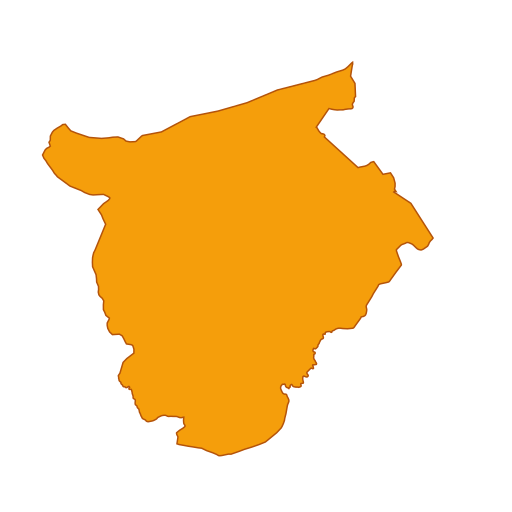 the district of Home, Vientiane, Laos, rotated 163°
{"feature_id": "54806243B40513758321567", "entity_name": "Home", "entity_type": "district", "adm_level": 2, "iso_a3": "LAO", "parent_name": "Laos", "parent_adm1": "Vientiane", "projection": "albers", "projection_center": [103.339, 18.699], "detail": "fine", "context": "isolated", "style": "filled", "palette": "amber", "viewbox_px": 512, "rotation_deg": 163, "n_neighbors": 0, "source": "geoboundaries", "source_scale": "gbopen_adm2", "svg_char_len": 6131}
<svg xmlns="http://www.w3.org/2000/svg" viewBox="0 0 512 512"><g transform="rotate(163 256 256)"><path d="M81.4,221.4L92.5,261.1L105.5,276.9L104.2,277.5L103.3,276.9L104.0,279.5L102.7,281.8L101.7,285.0L101.5,290.6L103.1,296.2L110.7,297.0L115.8,311.8L116.2,311.9L118.9,311.9L121.2,310.8L122.3,310.5L123.5,310.2L124.7,310.1L126.1,310.1L127.3,310.3L128.7,310.4L130.2,310.6L132.6,310.7L155.8,349.8L154.9,351.0L155.0,351.9L155.5,352.7L156.9,353.6L157.3,353.7L157.8,354.0L158.2,354.7L158.7,355.6L159.3,357.0L160.0,359.9L160.3,361.3L160.7,361.6L143.1,375.7L140.8,374.3L138.5,373.1L135.5,371.8L133.7,371.4L129.9,370.3L128.0,370.2L124.4,369.6L122.2,369.0L121.1,368.9L120.1,369.4L119.6,370.2L119.6,372.5L119.4,373.1L118.6,374.0L116.9,375.3L115.9,378.0L115.4,378.8L114.2,379.3L110.9,392.1L113.0,400.3L108.2,410.1L107.4,411.3L107.0,413.0L108.1,412.6L112.8,410.1L115.9,408.8L118.6,408.4L125.2,408.4L133.8,407.7L140.4,407.8L146.2,406.8L148.4,406.7L187.0,408.5L219.7,405.2L249.8,405.7L278.2,408.5L310.2,402.3L329.3,404.4L330.4,404.1L337.0,400.8L338.1,400.7L343.2,402.0L346.7,403.9L348.4,406.7L353.2,410.2L358.3,411.5L362.5,412.1L367.9,413.3L369.3,413.6L380.9,418.2L391.9,426.1L396.5,429.8L398.0,433.1L399.8,437.7L402.4,438.2L404.8,437.3L408.8,436.4L412.6,435.2L414.6,433.9L417.6,430.8L418.9,426.8L420.7,425.3L420.6,422.9L420.6,421.2L422.0,420.6L424.8,420.1L426.6,419.1L430.6,415.0L430.2,411.4L429.1,408.6L428.3,405.3L425.5,397.5L424.6,394.0L423.3,391.3L422.8,389.9L413.4,377.2L404.0,369.7L401.3,366.8L397.1,363.5L393.9,362.0L388.9,360.8L383.8,359.5L380.2,356.2L378.8,354.6L379.1,353.6L381.0,352.4L386.5,350.6L393.5,346.7L391.7,340.4L391.4,336.3L390.5,330.3L408.1,308.8L410.4,306.4L411.1,305.1L411.3,304.9L412.8,302.1L414.3,297.8L415.4,293.5L414.4,284.9L415.2,280.7L416.0,277.7L415.5,273.0L416.1,270.9L416.2,270.3L417.4,267.6L417.6,264.8L416.9,262.9L415.4,260.5L414.7,257.6L416.2,254.0L417.6,249.3L417.1,246.5L416.9,243.1L415.3,240.7L414.4,239.5L414.8,238.6L417.9,235.4L418.6,233.1L418.9,230.1L418.2,226.2L416.3,222.8L409.5,221.2L407.3,218.8L406.6,215.5L406.1,212.1L405.6,209.8L401.1,207.6L400.5,207.0L400.0,206.1L400.0,202.5L401.2,198.8L409.5,195.7L414.2,193.1L420.4,183.7L422.6,181.9L422.8,180.9L422.9,179.6L423.2,178.9L423.1,178.0L423.3,177.2L423.2,176.5L422.8,175.7L422.3,175.0L422.2,174.5L422.4,173.5L422.2,172.9L421.5,171.8L421.3,170.5L421.1,170.0L420.5,169.5L419.8,169.3L419.5,169.1L419.1,168.4L418.8,168.1L418.3,168.0L417.8,168.0L416.0,168.5L415.6,168.4L415.3,168.0L415.3,167.5L415.3,167.2L415.7,166.9L416.1,166.7L416.3,166.3L416.3,165.7L416.1,165.5L415.6,165.3L414.3,164.9L414.2,163.9L414.3,162.4L414.4,161.3L414.6,160.5L414.5,159.2L414.5,158.0L415.0,156.1L414.9,155.6L413.8,154.4L413.6,153.9L413.7,153.0L414.6,150.7L414.8,149.6L414.8,149.1L413.8,147.6L413.7,147.1L413.8,146.3L413.7,145.5L412.9,144.1L412.8,143.2L413.1,140.7L413.0,140.1L412.8,139.1L412.7,136.9L412.1,133.8L411.5,133.2L409.6,131.4L409.3,130.4L408.8,129.8L408.3,129.4L407.4,129.0L403.5,128.6L402.1,128.6L399.8,129.0L398.7,129.3L397.1,130.3L395.4,130.6L393.1,130.9L391.7,130.8L390.2,130.5L388.9,130.0L387.5,128.7L386.7,128.2L384.3,127.6L381.2,126.5L380.4,126.3L378.5,125.6L377.9,125.1L376.2,123.8L375.2,123.4L374.6,123.2L372.9,123.1L372.2,123.0L373.4,119.9L373.9,117.7L374.0,116.6L373.6,115.4L373.5,114.4L373.7,113.9L374.4,113.4L376.5,112.6L380.0,111.7L383.6,110.2L383.8,109.8L383.9,109.1L383.9,108.1L383.5,106.1L383.7,105.4L386.5,99.5L384.7,98.2L380.0,95.8L376.2,93.8L372.8,92.2L367.2,89.4L364.2,88.1L360.1,84.3L354.8,80.4L351.6,77.7L350.2,76.1L349.1,75.6L347.0,75.2L340.2,74.6L337.8,73.8L329.5,74.1L323.7,74.5L315.9,74.5L308.1,74.8L301.4,75.4L288.0,80.9L282.2,84.2L280.8,85.5L278.8,87.8L276.9,90.4L275.9,92.5L273.5,96.4L270.0,103.3L269.3,104.5L267.2,107.1L266.7,108.6L266.8,110.4L267.2,112.3L267.3,114.5L267.9,115.2L269.0,115.5L269.9,116.2L270.5,117.0L271.0,119.3L271.0,120.2L271.2,121.0L271.2,122.1L270.8,123.3L270.3,124.2L268.3,125.6L267.7,125.5L267.1,125.2L266.0,125.2L265.8,124.9L265.6,124.4L265.8,123.5L265.7,122.7L265.5,122.0L265.1,121.4L264.3,120.8L263.7,120.2L263.6,119.8L263.3,119.6L263.0,119.9L262.9,120.3L262.5,120.6L261.8,120.6L261.5,121.0L261.5,121.5L261.2,122.1L260.7,122.5L259.7,122.8L259.3,122.6L259.2,122.3L259.0,121.2L258.6,120.5L258.0,119.9L256.3,119.0L254.4,118.4L253.5,117.9L251.6,118.0L251.0,118.3L250.7,119.0L250.7,120.1L250.6,120.6L250.3,120.9L248.1,120.6L247.8,120.9L247.6,121.4L247.5,123.1L247.3,124.7L247.0,125.6L246.3,127.0L245.3,127.2L243.4,125.7L242.6,125.4L242.0,125.5L241.3,125.9L241.0,126.5L241.0,126.9L241.5,128.3L241.6,129.2L241.5,129.6L240.9,130.2L237.2,132.2L236.1,132.7L235.6,132.4L235.0,131.8L234.6,131.6L234.1,131.6L233.8,131.9L233.7,133.5L233.8,135.0L233.5,135.3L232.5,135.0L230.0,134.7L229.6,135.2L229.6,136.1L230.0,137.5L230.1,138.6L230.6,140.1L230.7,141.6L230.4,142.4L229.8,143.8L229.8,144.5L229.4,145.1L228.6,145.1L228.2,145.3L227.7,146.0L227.9,146.9L229.1,147.7L229.2,148.2L229.2,148.7L229.2,149.0L229.0,149.5L228.0,150.8L227.6,150.7L227.2,150.3L226.6,149.9L226.0,149.9L225.5,150.1L223.8,151.0L223.1,151.7L222.8,152.7L222.1,153.3L221.3,153.8L220.6,154.8L218.8,156.7L217.7,157.3L216.5,157.3L215.8,157.6L215.4,158.2L215.3,160.0L215.1,161.1L214.6,161.6L214.1,161.6L212.9,161.0L212.5,161.5L212.3,162.2L211.8,162.7L210.3,162.8L208.2,162.4L207.3,162.0L206.6,161.1L206.0,160.9L205.7,161.1L205.4,161.7L204.7,162.1L203.4,162.1L201.0,162.8L199.5,162.9L198.1,162.8L196.2,162.2L194.3,161.3L189.9,159.7L184.4,158.6L183.6,158.8L182.5,159.5L181.7,160.2L174.3,165.8L173.3,166.9L172.4,167.0L171.3,166.8L170.3,166.9L169.2,167.2L168.4,167.7L167.3,169.1L166.2,171.2L165.7,172.6L165.5,175.0L165.3,175.8L164.7,176.7L157.1,183.3L154.8,185.7L148.3,191.3L147.1,192.7L146.2,192.9L145.1,193.0L139.5,192.5L137.5,192.4L136.6,192.4L135.6,192.9L134.1,194.1L126.6,199.8L123.0,202.4L119.7,204.8L119.4,205.6L119.5,208.1L120.0,213.9L120.2,219.8L119.9,221.0L116.3,222.9L114.5,223.9L113.1,224.3L109.5,224.5L108.1,224.8L107.1,224.6L105.9,224.0L103.3,221.8L102.3,220.4L100.5,217.1L99.5,215.5L98.2,214.4L96.4,213.5L95.3,213.5L93.8,213.7L89.1,215.2L87.6,216.6L86.4,218.1L84.8,219.4L82.8,220.4L81.4,221.4Z" fill="#f59e0b" stroke="#b45309" stroke-width="1.5"/></g></svg>